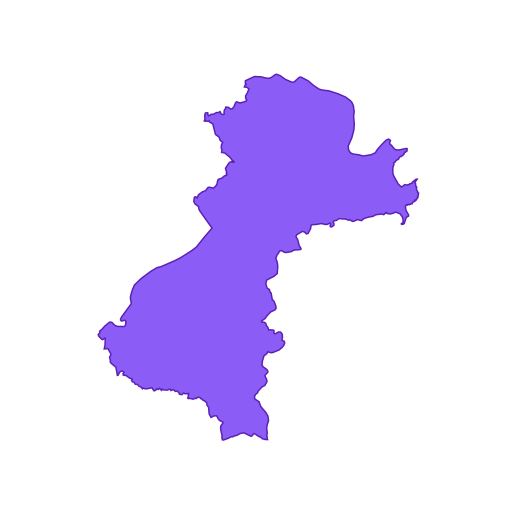 the district of Sirindhorn, Ubon Ratchathani, Thailand, rotated 44°
{"feature_id": "78962969B9944592698324", "entity_name": "Sirindhorn", "entity_type": "district", "adm_level": 2, "iso_a3": "THA", "parent_name": "Thailand", "parent_adm1": "Ubon Ratchathani", "projection": "natural_earth1", "projection_center": [105.457, 15.111], "detail": "fine", "context": "isolated", "style": "filled", "palette": "violet", "viewbox_px": 512, "rotation_deg": 44, "n_neighbors": 0, "source": "geoboundaries", "source_scale": "gbopen_adm2", "svg_char_len": 6102}
<svg xmlns="http://www.w3.org/2000/svg" viewBox="0 0 512 512"><g transform="rotate(44 256 256)"><path d="M335.8,403.4L336.8,400.3L338.7,398.3L342.8,399.6L344.7,399.5L347.4,398.5L348.2,399.1L348.7,402.4L349.9,404.2L352.9,406.6L355.8,408.3L357.7,410.4L359.6,411.6L360.4,411.0L362.8,406.1L363.4,403.8L364.7,402.4L365.7,399.9L366.8,398.4L367.9,394.8L370.0,391.7L377.7,389.1L378.1,388.3L377.8,385.3L378.3,384.8L383.9,383.8L384.9,383.0L387.4,383.1L390.5,381.3L391.7,380.1L391.0,380.0L390.7,379.2L388.2,377.3L387.2,375.6L383.3,372.5L381.1,369.3L379.5,365.8L375.8,362.9L372.0,361.8L363.8,360.9L359.5,358.7L354.8,359.6L353.0,358.8L351.8,356.0L352.2,353.4L351.4,351.7L351.3,345.8L352.3,343.0L351.1,338.6L349.0,337.2L345.7,336.1L345.3,335.3L345.3,331.6L344.6,330.7L342.9,330.1L337.9,330.8L336.1,330.3L333.6,327.1L331.1,322.4L331.6,318.8L331.0,316.8L334.2,315.0L335.2,313.6L337.9,307.5L338.3,303.7L338.0,300.7L337.2,298.8L335.7,297.7L333.2,298.6L331.6,296.2L329.5,294.2L327.7,293.6L326.3,293.8L324.8,295.2L324.1,298.2L323.2,299.1L322.6,299.0L320.6,297.1L319.7,297.4L316.3,300.3L314.1,299.1L311.9,298.9L309.6,297.6L307.8,298.0L306.2,299.5L305.5,299.3L305.2,298.5L306.0,294.6L305.4,291.3L305.4,286.0L307.1,281.6L306.8,279.7L305.2,278.3L301.5,276.5L299.5,275.9L298.1,276.1L292.5,272.1L291.2,272.1L288.8,270.8L286.9,271.3L285.9,271.2L282.2,269.0L280.4,265.9L283.1,258.0L283.4,253.8L278.9,248.4L275.6,245.7L271.5,243.7L271.4,242.6L270.5,240.9L270.1,237.6L269.4,236.4L270.6,234.3L273.8,233.7L275.1,232.7L278.3,228.4L279.2,225.4L283.5,220.5L283.5,219.6L282.8,219.2L280.0,218.6L274.9,215.4L271.3,214.3L270.5,212.6L272.2,206.2L274.1,205.1L276.9,205.1L277.8,203.6L276.3,198.5L274.3,195.7L274.5,194.7L277.4,191.5L280.4,187.3L284.3,184.9L285.3,183.7L286.2,181.1L287.2,181.1L288.8,183.2L289.8,183.0L290.4,181.9L290.7,179.8L289.5,178.5L288.1,178.2L287.7,177.5L287.9,176.1L289.2,174.4L289.7,171.5L295.2,166.9L297.3,166.2L298.6,164.8L301.5,164.0L302.3,162.9L303.7,159.3L307.1,157.4L307.5,156.3L307.5,154.3L309.8,150.0L312.6,146.2L313.5,143.2L317.1,138.6L319.2,137.5L319.4,134.3L320.6,134.5L323.2,132.7L325.2,129.5L325.9,127.4L330.1,125.6L334.1,126.2L336.7,127.8L338.6,129.9L338.1,131.3L338.2,132.0L339.0,132.0L339.9,130.6L340.1,129.7L337.5,124.3L337.5,122.7L338.0,121.5L337.4,120.5L332.0,118.9L328.8,116.3L328.8,114.4L329.6,114.2L329.5,113.2L330.6,112.8L330.5,112.2L331.2,111.4L331.4,110.5L332.0,110.2L331.5,108.1L332.2,106.6L331.3,105.8L331.7,105.0L332.2,105.2L332.4,104.3L331.9,103.7L332.1,103.0L331.7,101.3L331.0,101.2L330.9,99.9L329.9,99.1L329.3,97.8L328.2,98.0L327.2,97.2L325.5,97.0L323.6,94.7L322.8,95.0L320.2,92.9L319.1,92.8L318.6,88.8L317.9,89.4L317.6,90.9L317.2,94.3L317.6,95.4L316.4,97.4L316.4,98.5L315.0,100.3L313.5,101.2L312.8,105.3L308.2,105.4L299.4,102.7L297.5,101.8L295.1,99.6L292.8,97.0L291.6,94.3L290.4,93.4L290.8,91.2L290.3,90.2L290.8,89.0L290.7,88.3L291.3,87.6L290.6,85.1L290.8,84.2L291.3,83.8L291.2,82.7L291.8,82.0L291.5,80.8L291.8,80.2L290.8,78.2L291.5,77.4L291.3,76.8L291.7,75.6L290.1,73.8L289.0,74.8L285.0,80.7L282.5,82.6L280.1,82.8L277.0,82.3L274.5,82.4L273.4,81.7L272.5,79.5L271.2,79.5L269.9,80.1L269.1,82.7L269.0,85.6L269.2,94.3L270.1,98.9L268.5,103.1L263.6,109.7L260.1,111.5L255.1,115.1L252.9,116.0L251.2,116.0L248.5,115.1L245.8,112.6L242.8,104.4L238.8,97.3L235.2,93.0L228.9,87.4L226.4,84.0L221.6,80.2L218.3,78.9L215.9,78.7L209.9,79.5L202.6,82.2L193.8,86.5L188.1,90.8L185.2,92.2L179.1,93.3L171.6,93.8L164.0,96.1L163.0,97.5L162.5,104.4L161.3,105.9L154.7,108.5L148.0,109.5L144.4,111.1L143.8,112.2L143.0,117.0L142.1,118.8L140.4,120.5L134.9,123.8L130.2,128.0L126.6,137.3L128.6,139.3L129.6,139.3L129.5,140.8L130.2,142.5L132.2,141.0L134.8,140.7L136.4,144.5L137.3,148.1L139.1,149.8L140.7,150.1L141.2,150.7L140.8,152.7L138.2,157.0L134.8,158.7L134.9,160.1L136.5,164.1L136.5,167.2L135.6,167.8L132.7,168.3L130.8,169.9L131.7,171.4L131.8,172.9L133.3,175.0L134.5,175.7L134.4,176.7L133.4,177.6L132.1,178.0L129.8,177.1L129.3,178.9L127.9,180.3L127.0,183.5L125.1,185.5L124.8,188.0L123.8,188.1L121.8,186.5L120.5,187.8L120.3,188.5L121.7,190.8L124.3,193.0L124.9,194.8L126.0,194.2L126.2,193.4L127.1,193.2L128.0,192.3L128.3,191.4L129.7,191.9L133.0,190.9L142.4,196.7L146.9,196.1L149.7,197.7L153.1,197.4L153.9,200.0L156.1,202.6L157.7,203.2L159.3,205.4L161.9,203.6L168.8,203.1L172.4,203.7L174.4,203.3L175.0,203.6L174.3,204.7L172.9,204.9L171.9,207.0L172.0,208.4L173.1,214.1L177.9,217.0L177.6,217.7L178.8,218.4L177.6,220.4L177.4,223.7L175.6,227.0L176.3,228.9L177.9,231.2L178.5,233.9L178.2,236.7L174.7,238.9L173.9,239.9L174.3,244.3L172.9,247.0L172.1,251.6L173.2,255.2L172.1,255.1L171.0,255.8L171.0,256.8L173.2,259.8L175.7,260.9L180.3,260.4L182.7,262.1L184.7,262.7L205.0,266.5L205.8,279.7L206.9,290.9L206.0,296.8L203.0,309.4L200.6,316.3L195.2,329.3L192.8,333.4L191.0,340.0L189.0,352.0L188.7,361.2L190.4,365.8L193.2,371.3L194.8,373.5L198.7,376.3L199.5,377.4L201.6,393.1L202.4,395.4L203.1,396.2L204.4,396.3L206.2,393.4L207.8,393.3L210.2,396.4L210.3,397.7L210.2,398.3L205.7,402.5L204.0,403.5L202.3,404.0L198.4,403.8L196.6,405.2L195.9,411.7L196.1,415.2L195.8,418.8L197.1,419.9L197.0,422.0L198.4,422.9L203.0,423.1L203.9,422.5L204.3,420.1L204.9,420.1L209.4,425.1L211.4,428.3L213.7,425.5L219.9,427.3L221.1,430.7L223.5,432.0L224.8,433.5L226.7,433.8L232.5,433.3L239.2,438.2L239.6,437.7L238.6,433.9L239.4,431.9L240.4,431.2L242.0,431.5L242.0,433.0L243.3,433.9L245.7,432.2L249.7,431.7L252.3,430.4L252.7,430.7L252.8,431.9L254.6,432.4L255.6,431.5L258.3,432.1L259.9,430.8L262.4,430.9L264.8,430.1L266.5,430.5L266.9,429.2L268.4,428.6L270.1,426.9L272.5,423.1L276.2,423.9L276.6,423.5L277.1,421.8L276.8,420.4L278.4,420.0L278.4,418.3L280.9,418.3L280.4,417.6L280.7,417.1L281.4,417.5L285.5,413.9L286.3,411.8L287.1,411.5L288.2,411.9L289.6,409.4L292.0,409.5L292.9,408.1L295.7,407.8L296.6,408.6L297.6,408.3L299.0,407.2L299.1,404.9L300.8,404.3L303.1,401.7L303.8,403.0L304.8,403.9L305.5,405.7L306.5,405.5L307.3,404.4L310.3,402.6L311.1,400.6L312.0,400.1L312.1,398.6L312.7,397.5L314.2,396.7L315.3,397.0L315.8,396.6L318.5,396.5L319.1,396.0L322.5,395.8L324.6,397.4L327.0,397.8L332.1,402.2L335.8,403.4Z" fill="#8b5cf6" stroke="#5b21b6" stroke-width="1.5"/></g></svg>